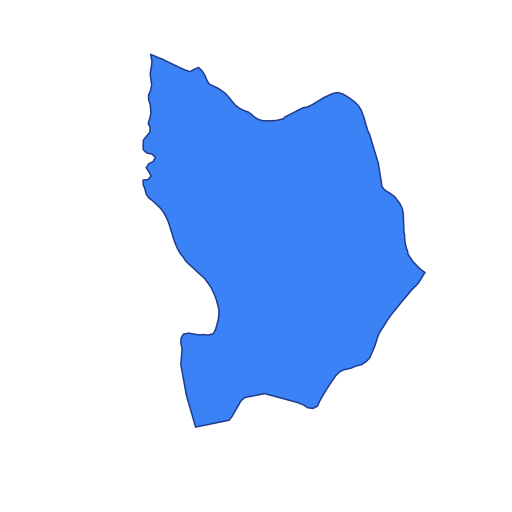 At Talh, Shabwah, Yemen, rotated 289°
{"feature_id": "15242507B56657496284853", "entity_name": "At Talh", "entity_type": "district", "adm_level": 2, "iso_a3": "YEM", "parent_name": "Yemen", "parent_adm1": "Shabwah", "projection": "albers", "projection_center": [47.44, 15.093], "detail": "fine", "context": "isolated", "style": "filled", "palette": "blue", "viewbox_px": 512, "rotation_deg": 289, "n_neighbors": 0, "source": "geoboundaries", "source_scale": "gbopen_adm2", "svg_char_len": 3017}
<svg xmlns="http://www.w3.org/2000/svg" viewBox="0 0 512 512"><g transform="rotate(289 256 256)"><path d="M412.2,90.9L410.1,92.0L405.7,94.5L393.4,96.8L383.6,101.7L378.0,102.4L373.1,102.0L368.7,103.6L364.9,106.6L360.6,108.5L356.2,110.4L351.3,110.7L346.4,110.9L342.9,114.2L338.3,115.3L333.8,113.5L329.0,111.8L324.1,113.1L319.7,114.9L317.8,119.4L318.5,124.2L316.7,128.8L311.8,128.0L310.0,126.2L308.4,124.7L303.7,123.4L300.8,127.3L297.4,130.8L293.0,128.9L291.0,124.5L286.6,126.2L283.0,129.3L278.8,132.0L277.3,134.0L276.0,135.9L274.5,140.5L272.4,145.0L270.3,149.6L267.7,153.8L264.2,157.6L260.9,161.0L256.6,164.3L252.4,167.4L248.5,170.3L244.6,173.1L240.7,176.4L237.2,179.6L234.1,183.1L231.2,187.5L228.0,191.8L226.0,196.2L224.0,201.1L221.9,205.6L219.9,210.4L217.8,215.2L214.9,219.3L211.9,223.3L208.5,226.9L205.0,230.1L201.2,233.1L197.2,235.8L193.1,238.5L188.0,240.1L183.9,241.0L183.2,241.1L178.4,241.4L173.4,241.7L168.7,240.9L165.7,236.7L164.6,231.9L162.9,228.0L161.9,222.7L161.2,217.5L159.8,215.2L158.5,212.9L157.4,212.6L154.1,211.9L149.5,213.1L145.0,215.8L144.2,216.3L129.1,220.2L101.8,235.4L74.6,254.6L92.0,284.0L96.6,285.6L114.3,289.0L118.5,291.5L120.3,294.5L128.7,309.0L131.0,343.2L130.7,349.3L129.3,354.3L130.5,359.5L133.9,362.9L139.0,363.4L144.3,364.3L149.5,365.4L154.3,366.5L159.1,367.7L163.8,369.0L168.6,370.3L173.0,372.3L176.6,375.5L178.8,379.0L180.9,382.4L184.3,386.0L187.8,391.4L192.7,394.9L197.0,396.7L203.6,397.2L208.6,397.6L213.3,397.6L218.2,397.4L223.1,397.6L228.3,398.8L233.3,400.1L238.1,401.1L242.7,402.4L247.3,404.0L251.9,405.7L256.6,407.4L261.2,409.0L265.8,410.9L270.3,412.6L275.3,414.5L279.6,416.7L280.2,417.0L284.1,418.6L289.1,419.7L295.4,421.1L297.0,415.8L298.8,412.0L300.3,409.1L301.4,407.0L302.5,405.4L304.7,402.3L307.4,399.0L310.1,397.6L312.0,395.9L314.0,394.6L317.0,392.7L321.6,390.6L324.6,389.5L325.1,389.1L327.0,388.0L343.6,381.6L347.5,379.5L349.9,377.5L353.0,374.3L355.4,370.4L356.8,368.7L357.7,366.2L359.1,361.8L359.8,357.9L361.0,354.9L362.8,352.4L366.5,350.5L384.2,341.1L385.5,340.0L407.7,324.0L412.1,319.8L412.8,319.5L413.5,319.0L416.8,316.6L418.6,315.4L420.9,313.9L421.6,313.3L424.7,310.9L428.4,307.7L431.4,303.9L433.1,300.7L433.6,299.6L435.2,294.9L436.5,290.2L437.0,287.5L437.4,285.5L437.3,282.2L437.3,280.6L435.1,276.3L433.2,274.1L431.8,272.7L428.3,269.0L425.6,266.7L424.6,265.9L420.9,262.8L417.1,259.7L413.7,256.1L412.9,254.7L411.3,252.0L396.6,237.9L395.3,237.5L394.4,236.9L390.7,231.0L388.6,225.9L386.2,218.9L385.9,214.9L386.2,211.8L387.4,207.5L388.0,206.8L389.2,203.3L389.6,202.0L389.6,201.6L389.6,197.0L390.3,192.3L391.8,187.6L394.4,183.1L395.5,181.4L397.0,179.0L398.1,177.1L398.6,176.3L399.6,174.5L400.4,172.2L401.1,169.9L401.7,167.4L402.1,166.1L402.3,165.0L402.6,161.9L402.8,160.2L403.4,155.5L406.7,151.9L407.0,151.6L410.4,148.6L413.4,144.8L415.6,140.4L412.4,136.8L408.8,133.5L408.8,129.0L408.8,128.5L409.2,123.7L409.8,118.9L410.1,116.0L410.4,113.8L410.9,108.8L411.2,106.6L411.6,104.0L411.8,99.0L412.2,93.7L412.2,90.9Z" fill="#3b82f6" stroke="#1e3a8a" stroke-width="1.5"/></g></svg>